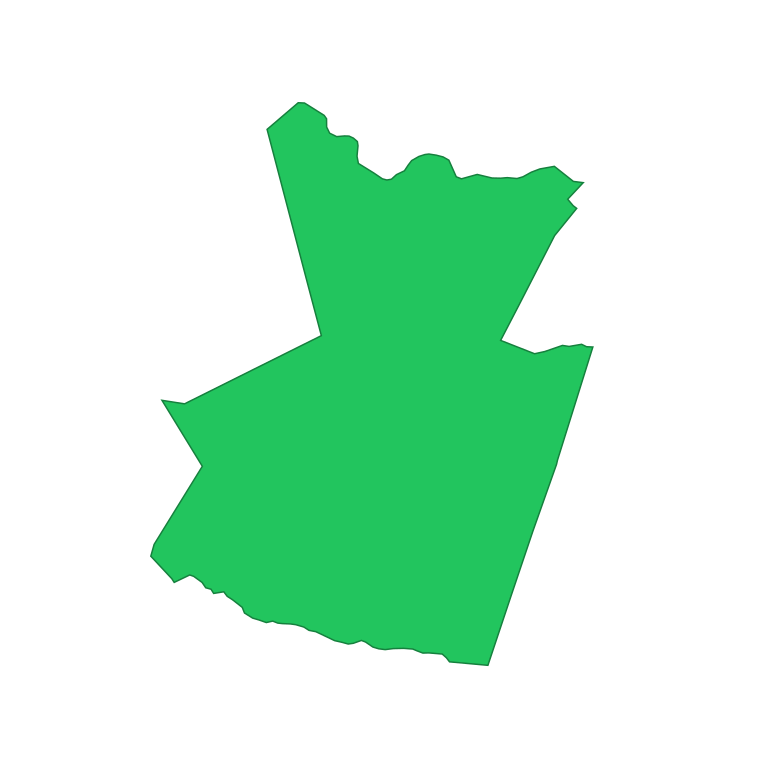 the district of Campo Grande, Rio Grande do Norte, Brazil, rotated 206°
{"feature_id": "56859067B93277354074556", "entity_name": "Campo Grande", "entity_type": "district", "adm_level": 2, "iso_a3": "BRA", "parent_name": "Brazil", "parent_adm1": "Rio Grande do Norte", "projection": "mercator", "projection_center": [-37.314, -5.897], "detail": "fine", "context": "isolated", "style": "filled", "palette": "green", "viewbox_px": 768, "rotation_deg": 206, "n_neighbors": 0, "source": "geoboundaries", "source_scale": "gbopen_adm2", "svg_char_len": 1503}
<svg xmlns="http://www.w3.org/2000/svg" viewBox="0 0 768 768"><g transform="rotate(206 384 384)"><path d="M518.1,127.0L489.4,116.0L485.6,113.7L474.9,127.2L470.7,127.7L460.5,125.9L454.9,122.7L449.5,123.7L445.3,121.1L436.9,127.0L431.8,124.4L425.7,123.7L413.5,121.1L409.0,117.0L399.4,116.0L393.0,117.1L385.2,118.0L380.1,122.1L374.8,122.5L370.3,124.1L363.0,127.3L357.8,129.0L349.6,130.4L343.4,129.7L336.7,131.5L315.8,131.7L308.6,133.4L302.2,134.6L297.9,137.5L291.9,143.6L287.5,144.0L278.7,142.7L272.6,143.7L266.5,145.8L259.6,150.3L250.5,155.0L241.9,158.4L237.8,158.6L231.1,159.2L226.0,161.9L213.3,166.8L207.9,165.3L203.3,163.0L167.3,176.7L177.1,250.7L185.7,317.2L193.7,387.4L194.7,391.7L212.5,508.8L218.3,506.3L223.8,506.3L234.1,498.9L240.5,496.9L253.8,483.6L261.9,477.2L298.3,474.3L297.3,513.9L295.7,592.2L287.8,626.3L292.2,627.2L299.9,630.6L293.2,652.3L302.6,649.1L326.3,654.3L338.2,645.6L344.5,638.9L349.9,631.2L354.5,627.0L363.7,623.5L369.4,620.1L377.2,616.5L392.1,613.2L404.3,602.4L409.9,601.9L423.8,613.6L430.4,614.0L437.3,612.6L444.4,610.4L447.8,608.2L452.4,603.8L457.1,596.9L458.2,591.4L459.1,584.6L464.6,577.6L467.1,571.3L470.9,568.6L475.4,567.7L485.8,569.2L503.7,571.0L508.1,576.9L511.8,586.7L514.2,590.2L519.3,591.6L524.1,591.5L528.3,589.6L535.0,585.6L542.8,585.6L548.2,589.8L551.9,597.2L555.5,599.2L578.6,601.7L584.4,599.2L600.7,561.6L499.6,444.1L461.5,400.0L507.2,340.5L554.6,278.7L576.4,272.0L511.2,230.4L520.3,139.1L518.1,127.0Z" fill="#22c55e" stroke="#15803d" stroke-width="1.5"/></g></svg>